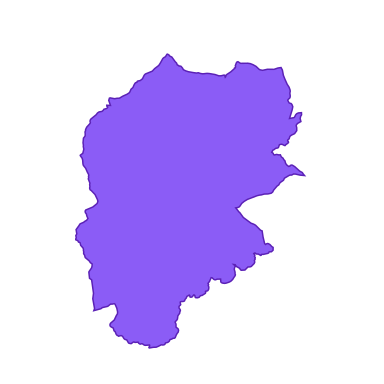 Central Pentecost 1, Penama, Vanuatu (Natural Earth projection), rotated 74°
{"feature_id": "77236927B11071622458470", "entity_name": "Central Pentecost 1", "entity_type": "district", "adm_level": 2, "iso_a3": "VUT", "parent_name": "Vanuatu", "parent_adm1": "Penama", "projection": "natural_earth1", "projection_center": [168.168, -15.648], "detail": "fine", "context": "isolated", "style": "filled", "palette": "violet", "viewbox_px": 384, "rotation_deg": 74, "n_neighbors": 0, "source": "geoboundaries", "source_scale": "gbopen_adm2", "svg_char_len": 5975}
<svg xmlns="http://www.w3.org/2000/svg" viewBox="0 0 384 384"><g transform="rotate(74 192 192)"><path d="M81.0,246.8L86.3,246.5L85.1,250.0L86.0,250.2L86.3,249.7L87.2,249.6L87.7,250.1L88.2,251.3L88.2,253.9L89.0,254.8L89.7,256.3L89.4,259.3L90.0,261.1L91.3,262.8L94.0,269.1L94.6,269.8L95.7,270.5L97.4,270.6L98.2,271.4L100.6,275.3L102.5,277.0L103.8,277.5L104.8,278.3L106.5,278.6L108.5,279.2L109.4,280.2L110.3,281.5L114.7,283.2L117.1,283.5L118.4,284.0L121.0,284.2L124.7,286.3L125.8,289.2L126.2,289.4L129.3,288.3L131.1,288.3L135.0,289.1L136.5,289.1L139.9,287.7L144.3,287.1L146.4,286.6L147.6,286.7L148.4,287.2L149.8,287.4L150.8,288.1L155.4,287.7L156.5,288.3L158.9,288.7L159.9,289.3L160.7,289.4L161.8,289.3L162.9,288.4L167.7,285.9L173.1,285.0L174.9,285.0L176.6,286.1L177.1,286.8L179.1,291.5L180.0,299.1L180.9,300.0L182.5,300.2L183.9,299.6L186.3,299.7L188.8,299.3L190.2,301.2L190.6,303.0L191.3,304.7L191.6,307.4L192.0,308.8L192.9,309.6L196.2,313.8L200.5,314.3L201.9,315.7L204.1,315.9L205.1,316.7L205.9,316.9L207.3,315.2L208.9,314.9L209.2,314.2L209.9,313.6L212.6,313.7L215.8,312.2L217.0,312.1L218.1,312.5L219.9,312.6L220.9,313.1L221.9,313.1L222.8,312.7L225.6,312.7L229.9,309.8L231.9,309.2L233.7,307.8L235.7,308.5L237.3,309.5L240.2,313.0L240.9,313.3L246.7,314.3L248.8,312.7L262.2,314.6L267.3,316.8L277.2,317.8L279.0,319.1L279.1,311.8L278.4,310.0L278.7,304.5L277.3,301.2L277.8,299.5L277.9,297.6L278.6,296.9L282.9,296.3L286.9,296.6L288.8,297.4L289.7,298.6L293.6,302.0L295.7,306.5L296.6,307.3L297.6,307.6L298.3,307.6L299.2,307.1L301.1,305.2L303.8,305.2L304.3,305.0L304.9,304.4L307.9,304.1L309.2,303.5L309.5,303.0L310.4,302.3L310.4,300.1L310.7,299.3L311.7,298.5L314.2,297.8L315.2,297.1L316.2,295.5L319.4,294.7L319.9,294.4L320.7,293.1L321.0,292.1L320.2,290.2L320.1,289.2L320.9,288.2L321.5,285.2L322.6,285.0L323.8,284.0L324.0,283.5L324.0,282.1L324.3,281.5L326.0,280.1L326.5,279.2L327.4,275.0L328.4,275.1L329.4,276.2L329.8,276.3L330.2,275.9L330.6,272.1L331.3,269.2L331.0,266.5L330.4,263.7L331.0,262.4L331.2,261.0L330.8,259.9L329.8,259.1L329.9,257.1L329.7,256.1L329.1,254.9L327.8,253.9L327.8,251.9L327.4,250.8L327.7,249.3L327.4,248.3L325.3,246.7L323.9,245.3L322.9,243.9L321.2,243.0L319.6,243.1L317.5,244.6L314.6,243.8L312.4,244.1L311.8,243.4L311.2,242.2L310.1,241.0L307.1,239.7L305.2,237.3L303.4,236.5L303.1,236.0L302.5,235.8L301.6,235.8L300.1,236.4L298.8,236.2L298.0,235.5L297.5,234.3L297.1,233.9L295.4,233.9L294.7,233.7L294.4,233.4L294.4,232.4L294.8,230.8L294.7,229.3L293.2,228.1L292.5,226.9L290.9,225.6L290.6,223.9L290.3,223.1L290.8,222.7L292.3,222.9L292.7,222.4L292.9,221.8L292.8,220.5L291.4,218.8L291.5,218.4L292.1,217.9L294.2,217.9L294.6,217.6L295.2,216.0L295.2,214.2L294.0,212.5L294.2,210.8L293.3,207.7L293.1,207.1L292.5,206.6L291.6,206.6L291.2,206.3L291.3,204.5L291.1,203.8L289.9,202.7L288.0,202.0L286.3,202.2L285.7,201.6L284.2,201.8L282.9,199.9L279.6,197.2L280.0,196.3L281.9,195.2L282.6,194.4L282.9,193.5L282.7,191.9L283.6,188.5L285.9,189.0L286.7,189.0L287.3,188.6L288.0,187.7L288.8,185.9L289.0,184.3L288.9,181.3L288.5,179.3L287.3,177.0L285.7,175.3L284.9,174.2L283.6,173.1L282.7,173.2L280.9,172.7L278.1,172.7L277.1,172.3L275.4,171.1L274.7,171.0L273.2,171.9L273.8,170.5L275.7,170.0L278.4,167.3L280.2,166.8L280.8,166.2L281.6,162.6L279.5,158.9L280.0,156.7L279.9,155.5L277.9,152.0L276.7,151.0L274.9,150.9L274.3,150.0L273.3,149.9L273.0,149.5L272.4,149.3L271.1,149.7L270.4,149.1L269.3,149.2L268.2,149.6L267.9,148.7L268.3,147.9L269.3,147.3L270.0,145.3L271.9,143.5L271.9,143.0L271.2,142.6L271.2,141.8L271.6,140.9L271.9,136.1L271.7,135.1L270.9,134.5L270.9,133.5L271.3,132.6L271.3,132.0L270.3,130.1L267.6,129.3L266.5,130.3L264.1,131.5L262.8,132.7L262.3,133.6L262.4,135.2L262.7,135.7L261.7,136.4L254.9,136.1L248.7,135.3L247.7,136.6L241.4,140.1L239.9,141.6L238.2,143.9L230.6,149.7L224.8,151.8L224.3,152.3L219.3,154.3L219.5,152.4L219.4,150.9L218.7,149.7L216.7,147.4L215.4,144.4L214.4,140.8L213.5,130.5L213.6,127.9L213.9,126.2L213.9,123.1L214.8,119.5L215.0,116.2L214.3,114.5L212.6,112.9L209.7,108.5L209.1,106.7L207.3,104.8L205.9,100.8L204.2,99.3L202.8,93.9L202.8,93.0L203.2,91.4L202.7,89.5L203.3,87.6L205.5,83.6L207.2,79.3L205.4,80.1L203.7,80.6L201.5,82.8L196.0,86.2L193.9,88.1L193.5,89.0L193.5,89.8L193.6,90.3L194.1,90.7L194.1,92.0L192.2,93.4L190.3,94.1L187.5,94.1L186.1,94.9L184.7,95.1L182.8,96.5L180.6,96.8L180.3,98.3L179.2,100.3L179.1,102.6L178.7,103.1L177.0,103.4L175.8,104.4L174.1,102.7L173.9,101.5L173.1,99.5L173.3,97.6L173.1,96.7L170.6,94.9L170.7,93.0L171.2,92.0L172.8,90.3L173.0,89.6L172.3,88.7L171.7,86.8L171.1,85.7L170.8,85.5L170.0,85.5L169.3,86.0L168.7,85.8L168.1,85.2L167.7,84.0L165.8,82.8L165.2,82.0L164.7,80.4L164.2,77.3L161.9,74.4L159.0,73.6L157.1,73.6L156.4,73.3L155.6,72.3L155.1,71.3L154.3,67.9L151.2,67.8L149.2,66.7L148.0,65.4L145.9,64.9L145.3,68.0L145.6,69.8L146.4,71.1L148.4,72.9L148.6,73.6L148.2,78.0L140.7,73.1L137.8,71.6L135.4,71.8L134.2,72.4L133.8,73.2L133.1,74.1L130.3,74.7L129.6,74.1L128.5,72.0L128.1,71.7L126.8,71.1L124.0,70.7L122.2,69.8L120.9,69.6L118.0,69.8L114.7,70.8L109.1,71.6L105.0,72.0L99.7,71.5L96.9,72.1L96.5,75.3L96.7,79.3L94.8,85.7L94.5,90.6L93.3,92.9L92.5,93.7L88.9,95.8L86.4,98.3L84.7,100.5L83.6,102.9L81.8,109.5L81.6,110.0L79.4,111.9L79.4,112.9L80.1,113.8L82.6,115.6L83.8,115.6L84.3,116.1L84.5,116.8L84.8,116.7L87.2,121.6L88.6,126.1L89.5,127.5L90.4,127.8L90.8,128.4L88.7,128.4L88.4,129.2L88.3,132.0L87.7,134.2L85.4,137.5L82.9,142.7L82.1,144.9L81.4,149.0L80.5,151.0L79.1,153.1L78.9,154.9L77.6,157.8L75.4,162.3L73.7,164.8L72.0,166.6L70.4,166.9L68.2,167.9L67.9,168.2L67.4,169.7L66.8,169.9L65.8,171.1L63.8,171.3L62.2,172.2L56.7,174.2L55.2,175.9L53.7,176.5L52.7,177.6L52.7,178.1L54.6,180.2L55.2,182.4L55.8,183.4L59.5,187.1L61.2,189.1L63.1,193.9L64.9,196.9L65.7,204.3L66.6,205.8L69.5,208.4L70.6,211.0L70.4,213.6L70.6,214.2L71.4,214.8L71.4,216.0L71.7,216.7L73.1,218.2L75.3,220.0L76.4,222.3L78.5,224.0L79.3,224.9L80.1,227.4L80.8,232.1L81.8,235.9L81.2,238.4L81.0,240.6L79.0,244.7L79.0,245.5L81.0,246.8Z" fill="#8b5cf6" stroke="#5b21b6" stroke-width="1.5"/></g></svg>